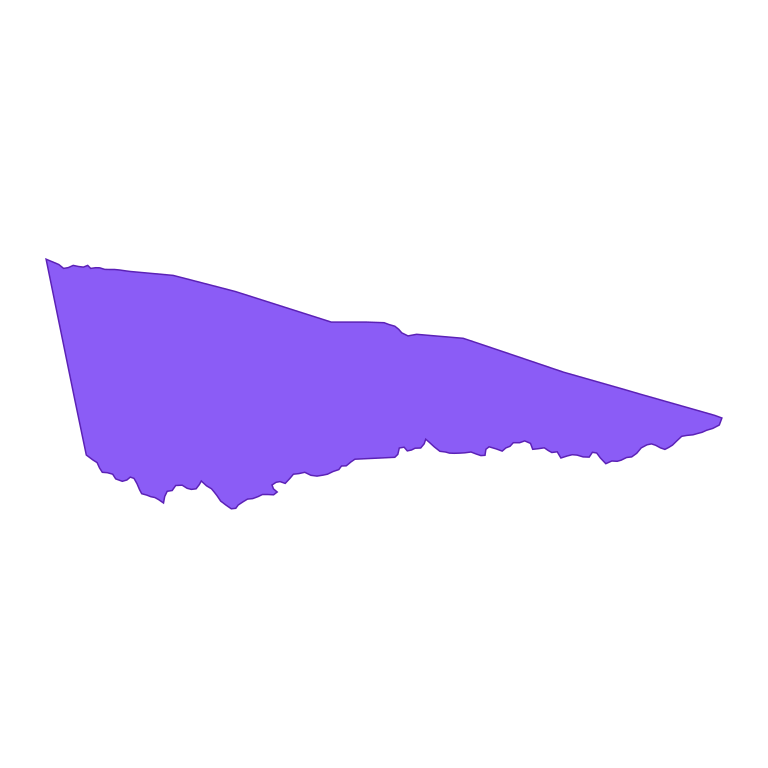 outline of Caém, Bahia, Brazil
{"feature_id": "56859067B11193862003902", "entity_name": "Caém", "entity_type": "district", "adm_level": 2, "iso_a3": "BRA", "parent_name": "Brazil", "parent_adm1": "Bahia", "projection": "albers", "projection_center": [-40.25, -11.139], "detail": "fine", "context": "isolated", "style": "filled", "palette": "violet", "viewbox_px": 768, "rotation_deg": 0, "n_neighbors": 0, "source": "geoboundaries", "source_scale": "gbopen_adm2", "svg_char_len": 2216}
<svg xmlns="http://www.w3.org/2000/svg" viewBox="0 0 768 768"><path d="M173.2,275.4L130.6,271.5L125.9,270.9L119.7,270.0L114.6,269.5L109.7,269.5L104.8,269.4L99.7,267.8L95.7,267.7L90.7,268.4L87.7,265.4L83.4,267.1L78.5,266.5L73.2,265.4L68.3,267.6L63.6,268.4L58.8,264.5L46.1,259.2L74.9,400.2L86.3,455.0L92.8,459.9L97.1,462.6L99.5,467.9L102.3,472.3L107.4,472.7L112.7,474.2L115.7,478.9L122.3,481.3L126.9,480.0L130.3,477.1L134.0,478.4L137.0,483.7L139.6,489.8L141.7,493.7L146.8,495.1L150.8,496.7L154.8,497.5L158.6,499.6L163.5,503.0L164.7,496.5L167.2,491.3L172.2,490.5L175.7,485.5L182.2,485.2L187.1,488.3L191.4,489.4L196.1,488.8L199.3,484.6L201.3,481.0L206.5,485.8L211.5,488.8L214.0,491.8L216.9,495.5L220.7,501.1L226.1,505.2L231.3,508.8L235.8,508.3L238.2,505.0L243.2,501.7L247.5,499.1L252.7,498.6L258.1,496.6L262.4,494.5L267.7,494.5L273.6,494.8L277.2,492.0L273.5,488.9L272.0,485.0L276.1,482.3L280.0,481.6L285.2,483.4L289.9,478.4L293.4,474.2L298.8,473.6L304.8,472.3L310.9,475.3L317.0,476.1L323.2,475.1L327.5,474.2L333.1,471.5L338.8,469.6L341.5,466.0L346.3,465.8L351.0,461.9L354.9,459.2L394.8,457.3L397.8,454.4L399.3,448.0L404.1,447.2L407.3,450.9L411.5,450.0L415.1,448.2L420.7,448.0L424.2,443.8L425.7,439.2L429.4,442.4L434.3,446.9L439.9,451.3L445.5,452.0L449.4,453.1L454.1,453.3L460.0,453.1L464.9,452.8L471.0,452.0L475.9,453.9L480.9,455.6L485.0,455.3L485.9,449.3L489.1,446.8L496.2,448.9L502.2,451.1L505.9,447.9L510.0,446.3L513.3,442.7L519.7,442.7L524.7,440.9L530.5,443.4L532.7,449.3L538.3,448.7L544.3,447.8L548.2,450.5L551.8,452.5L557.2,451.8L560.9,458.0L567.1,456.0L572.2,454.7L577.1,455.1L583.1,456.9L589.2,457.1L592.4,452.3L596.7,453.0L600.4,458.0L605.8,463.7L611.8,461.0L617.2,461.3L621.1,460.2L626.6,457.5L631.7,456.9L636.7,453.3L641.2,447.9L647.0,444.8L651.5,443.9L655.7,445.3L660.5,447.9L664.9,449.4L668.6,447.5L672.5,445.1L676.8,440.9L681.7,436.3L686.9,435.4L693.0,434.8L697.9,433.4L702.1,432.3L706.5,430.3L712.8,428.4L719.3,425.0L721.9,418.0L714.8,415.4L639.7,394.0L627.8,390.5L563.6,372.2L550.9,367.9L491.5,347.8L463.2,338.3L416.6,334.3L408.0,335.9L401.7,332.8L398.7,329.3L394.8,326.2L388.9,324.5L384.1,322.7L366.5,322.1L331.3,322.1L235.3,291.5L173.2,275.4Z" fill="#8b5cf6" stroke="#5b21b6" stroke-width="1.5"/></svg>